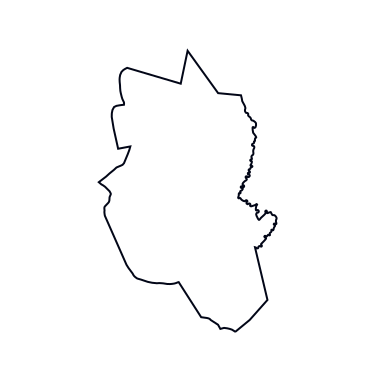 Fraternidad, Ocotepeque, Honduras (Robinson projection), rotated 325°
{"feature_id": "27666195B9362157023488", "entity_name": "Fraternidad", "entity_type": "district", "adm_level": 2, "iso_a3": "HND", "parent_name": "Honduras", "parent_adm1": "Ocotepeque", "projection": "robinson", "projection_center": [-89.047, 14.583], "detail": "fine", "context": "isolated", "style": "outline", "palette": "ink", "viewbox_px": 384, "rotation_deg": 325, "n_neighbors": 0, "source": "geoboundaries", "source_scale": "gbopen_adm2", "svg_char_len": 6115}
<svg xmlns="http://www.w3.org/2000/svg" viewBox="0 0 384 384"><g transform="rotate(325 192 192)"><path d="M133.9,307.6L137.2,315.7L136.7,320.4L140.3,321.7L142.6,323.8L144.4,325.8L145.8,327.7L147.2,331.0L148.0,331.3L165.9,329.9L191.9,323.7L211.9,273.4L212.4,274.0L212.8,275.3L213.3,275.7L213.7,275.9L214.1,275.8L214.4,275.6L215.0,275.0L215.4,274.9L215.9,274.9L216.3,275.0L216.6,275.3L216.8,275.6L217.1,276.1L217.3,276.4L217.6,276.5L217.9,276.5L218.2,276.3L218.4,276.0L218.5,275.7L218.4,275.1L218.5,274.7L218.6,274.4L218.9,274.2L223.1,273.4L224.8,273.0L225.9,272.6L226.2,272.2L226.2,271.8L226.1,271.4L225.6,270.9L225.6,270.5L225.7,270.0L226.1,269.8L226.4,269.7L226.8,269.9L227.0,270.1L227.3,270.8L227.9,271.2L228.4,271.1L229.3,270.8L229.8,270.8L230.1,271.1L230.4,271.8L230.8,272.0L231.1,272.0L231.3,271.8L231.6,270.9L231.9,270.5L232.5,270.2L233.6,270.2L234.2,270.0L234.6,269.7L235.0,268.9L235.3,268.6L235.6,268.6L235.9,268.8L236.0,269.0L236.1,269.4L236.3,269.7L236.6,269.8L236.9,269.7L237.4,269.4L238.0,268.7L238.6,268.3L239.3,267.9L240.2,267.6L240.7,267.3L240.8,267.0L240.8,266.7L240.5,266.1L240.4,265.7L240.5,265.3L240.8,265.1L241.2,265.0L241.5,265.2L241.7,265.5L241.9,266.1L242.1,266.4L242.5,266.5L242.9,266.4L243.3,265.8L243.7,264.6L244.1,263.9L244.7,263.2L245.8,262.5L246.3,261.9L246.5,261.4L246.6,260.7L246.6,259.8L246.4,258.8L246.3,258.4L245.9,258.0L244.9,257.3L244.6,256.7L244.9,253.6L243.5,253.0L241.9,252.7L241.5,252.4L241.4,252.0L241.5,251.5L241.6,251.2L242.2,250.9L242.3,250.5L242.3,250.0L242.0,249.7L241.6,249.6L241.0,249.8L240.7,250.3L240.5,250.9L240.3,251.3L240.0,251.6L239.6,251.8L237.7,252.2L233.8,252.7L231.7,253.3L231.0,253.3L230.8,253.1L230.7,251.8L231.0,249.9L231.2,248.6L231.7,247.2L232.2,246.7L232.8,246.4L233.4,246.3L234.3,246.7L234.6,246.7L235.1,246.6L235.5,246.3L235.7,245.9L235.8,245.6L235.8,245.2L235.7,244.8L235.5,244.6L235.2,244.3L234.5,244.2L234.2,244.1L234.0,243.7L234.1,243.2L234.6,242.4L235.8,241.1L236.7,240.3L237.9,239.8L238.1,239.7L238.1,239.4L238.0,239.0L237.7,238.9L236.6,238.9L235.8,238.8L233.8,238.2L232.5,237.8L231.8,237.2L231.7,236.9L231.8,236.5L231.9,236.3L232.4,236.0L232.7,235.6L232.8,235.2L232.7,234.7L232.5,234.4L232.1,234.1L231.7,234.0L231.1,234.0L230.6,233.9L230.3,233.4L230.1,232.8L230.3,232.3L230.6,231.9L231.0,231.7L231.6,231.6L232.0,231.4L232.2,230.9L232.1,230.4L231.9,230.0L231.5,229.8L231.1,229.7L230.4,229.8L230.0,229.8L229.6,229.5L229.3,229.2L228.7,228.2L228.3,227.2L228.1,226.4L228.1,225.2L228.0,224.7L227.8,224.4L227.5,224.2L226.8,224.1L226.6,223.9L226.5,223.6L226.5,223.2L226.9,222.8L227.7,222.2L228.2,221.8L228.7,221.2L229.1,220.5L229.6,220.1L229.8,220.0L230.0,220.1L230.5,220.7L231.0,220.7L231.4,220.4L231.5,219.5L231.7,219.3L231.9,219.1L232.4,219.0L233.3,219.2L233.8,219.2L234.8,218.9L235.3,218.6L235.6,218.2L235.6,217.7L235.4,217.4L234.8,217.0L234.6,216.6L234.7,216.0L235.0,215.7L235.5,215.6L235.9,215.8L236.1,216.2L236.3,217.0L236.7,217.4L237.1,217.6L237.6,217.5L238.0,217.2L238.2,216.8L238.2,216.3L237.8,215.6L237.8,215.1L237.9,214.6L238.3,214.2L239.2,213.8L240.6,213.5L241.5,213.4L243.0,213.5L243.8,213.3L244.2,213.0L244.3,212.5L244.3,212.0L244.2,211.4L244.3,210.9L244.6,210.4L245.0,210.2L245.5,210.3L245.9,210.6L246.1,210.9L246.3,211.7L246.8,212.1L247.4,212.3L248.2,212.1L248.7,211.7L248.9,211.1L248.8,210.6L248.3,210.0L248.2,209.8L248.1,209.4L248.3,209.0L248.6,208.6L249.0,208.5L249.4,208.6L249.8,209.0L250.1,209.2L250.5,209.2L250.8,209.0L251.0,208.7L251.1,208.3L251.1,207.9L250.8,207.4L250.8,207.0L250.9,206.7L251.1,206.4L251.4,206.2L251.8,206.2L252.6,206.4L253.0,206.4L253.4,206.2L254.0,205.7L254.4,205.6L254.8,205.7L255.4,205.9L255.7,205.9L256.0,205.8L256.2,205.5L256.1,205.1L255.9,204.8L255.5,204.7L255.3,204.5L255.1,204.2L255.1,203.9L255.4,203.5L256.5,203.1L257.2,202.6L257.9,202.1L258.4,201.6L258.5,201.3L258.5,200.9L258.3,200.7L257.9,200.3L257.8,200.0L257.8,199.6L258.0,199.3L258.2,199.2L258.5,199.1L258.8,199.1L259.1,199.4L259.4,199.5L259.7,199.4L260.0,199.3L260.4,198.7L260.7,197.5L261.1,197.0L261.8,196.6L262.3,196.5L263.3,196.5L264.0,196.1L264.6,195.4L265.4,193.9L266.1,193.0L266.8,192.4L268.1,191.7L268.8,191.0L269.0,190.4L269.0,189.9L268.7,189.5L268.2,189.0L268.0,188.6L268.0,188.1L268.3,187.7L268.6,187.4L269.0,187.3L269.4,187.3L270.2,187.5L270.8,187.4L271.3,187.1L271.7,186.4L271.8,186.2L272.1,186.2L272.6,186.3L273.0,186.1L273.2,185.8L273.7,185.0L274.2,184.5L274.8,184.2L275.7,184.2L276.0,184.0L276.1,183.6L276.2,182.7L276.2,181.1L276.1,179.3L276.1,178.5L277.3,176.0L278.4,174.2L278.9,173.8L279.3,173.8L279.5,174.1L279.6,174.8L279.8,175.2L280.1,175.4L280.5,175.4L281.2,175.3L282.0,174.7L282.8,174.0L283.7,172.6L283.9,171.9L283.8,170.8L283.4,169.5L283.0,168.6L282.2,167.8L282.0,167.0L282.0,166.5L282.4,165.4L282.5,164.5L282.3,163.6L281.9,162.4L281.9,161.7L282.1,161.1L282.8,160.4L282.9,159.7L282.8,159.4L282.7,159.1L282.0,158.5L281.7,158.1L281.6,157.7L281.7,156.9L281.8,156.2L282.2,155.5L282.7,154.9L283.6,154.2L283.9,153.8L284.2,153.1L284.6,151.8L284.8,150.5L285.1,147.7L285.3,146.3L285.8,145.3L286.4,144.0L287.6,140.9L270.1,126.0L269.4,73.8L244.9,96.8L210.1,53.1L207.9,52.8L205.7,52.7L203.1,53.2L200.3,54.9L198.4,56.8L197.2,58.3L195.8,60.5L194.3,63.2L192.7,65.7L191.3,68.1L190.4,70.1L189.0,73.7L188.3,75.9L187.9,78.2L187.7,79.5L187.0,80.7L186.3,81.5L184.3,80.4L182.1,79.3L179.5,78.1L176.9,77.7L173.9,79.2L171.6,81.4L170.6,82.7L169.3,84.5L164.2,95.1L156.3,114.2L167.6,119.3L164.8,121.6L161.0,124.2L152.8,129.4L150.7,129.9L148.9,129.6L144.2,128.6L140.7,129.1L135.1,129.5L130.5,130.1L121.3,130.5L122.1,133.7L123.0,135.6L123.8,137.9L124.9,144.2L124.6,146.5L124.4,147.0L124.0,147.4L121.9,148.7L121.4,149.1L119.4,151.6L118.4,152.4L117.7,152.7L117.0,152.9L112.6,153.8L112.0,154.0L111.4,154.4L110.7,155.3L109.8,156.9L108.7,158.2L107.7,160.0L107.0,161.5L96.6,214.0L96.4,217.8L96.6,224.8L96.4,226.2L96.4,227.5L96.6,228.7L97.0,230.0L97.4,231.2L98.1,232.2L99.9,234.4L104.2,240.2L107.3,243.5L110.9,246.6L112.9,247.8L114.8,249.3L116.1,250.4L118.9,253.1L121.2,254.8L122.9,255.8L124.9,256.8L126.6,257.4L128.7,257.9L129.4,258.2L127.7,299.8L132.0,303.8L133.2,305.2L133.8,306.5L133.9,307.6Z" fill="none" stroke="#020617" stroke-width="2"/></g></svg>